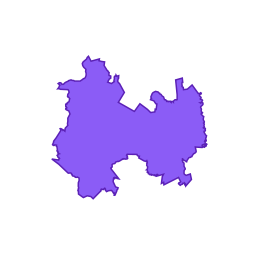 Satevó, Chihuahua, Mexico (orthographic projection), rotated 233°
{"feature_id": "50627088B42337074746811", "entity_name": "Satevó", "entity_type": "district", "adm_level": 2, "iso_a3": "MEX", "parent_name": "Mexico", "parent_adm1": "Chihuahua", "projection": "orthographic", "projection_center": [-106.204, 27.759], "detail": "fine", "context": "isolated", "style": "filled", "palette": "violet", "viewbox_px": 256, "rotation_deg": 233, "n_neighbors": 0, "source": "geoboundaries", "source_scale": "gbopen_adm2", "svg_char_len": 5803}
<svg xmlns="http://www.w3.org/2000/svg" viewBox="0 0 256 256"><g transform="rotate(233 128 128)"><path d="M149.1,48.5L140.7,50.9L128.2,53.0L127.8,53.2L126.8,54.9L126.3,55.3L125.7,55.5L125.2,55.1L124.4,55.4L124.0,55.0L123.1,54.9L121.6,56.2L121.0,56.4L120.4,56.2L119.4,57.4L119.2,58.1L117.9,58.7L117.4,58.7L115.6,57.5L114.2,55.4L111.4,53.2L110.2,52.7L109.2,51.8L109.2,51.4L108.8,51.2L108.2,50.3L107.6,50.2L107.5,50.4L105.0,48.7L99.3,50.5L98.4,54.6L95.6,57.1L92.5,57.6L94.0,67.6L93.9,68.1L94.5,68.6L94.5,69.1L95.2,69.6L95.0,70.3L94.0,70.9L93.5,71.6L94.0,72.5L93.9,73.2L92.8,73.2L91.7,72.5L90.1,72.6L89.6,74.8L88.2,77.1L87.1,77.4L85.5,77.3L84.4,77.9L84.3,77.6L84.4,77.2L83.0,77.2L82.7,76.5L82.4,76.7L82.2,77.2L84.3,80.9L85.3,82.2L85.3,82.9L86.2,84.1L88.5,82.6L93.5,83.7L94.2,83.9L96.8,86.5L96.7,87.3L96.3,87.2L96.2,86.8L95.7,86.9L95.9,87.2L95.5,88.0L95.9,88.2L95.7,88.5L94.8,88.9L94.4,88.8L92.9,90.1L105.8,89.9L106.1,90.5L106.4,90.5L106.4,91.9L108.4,93.3L108.4,94.4L107.6,96.0L107.8,97.0L108.2,97.6L107.6,99.6L107.2,99.8L106.7,101.4L106.5,103.8L106.6,104.7L106.3,104.7L106.0,106.1L105.6,106.1L105.5,106.6L104.5,107.4L103.8,108.8L104.1,109.7L105.4,109.6L105.8,110.6L107.2,110.5L107.5,111.5L101.5,119.3L100.5,118.9L99.4,119.3L98.6,120.1L97.6,118.6L91.9,121.1L90.3,122.6L90.5,123.3L89.2,122.9L88.6,122.3L88.7,121.8L88.1,121.7L87.0,120.5L85.1,120.3L83.9,119.0L83.4,118.2L83.4,117.7L82.9,118.2L81.7,117.5L81.0,116.7L80.3,117.1L80.2,117.5L79.4,116.9L79.2,117.2L78.1,117.1L77.4,117.5L77.3,118.2L77.0,118.0L76.5,118.8L76.1,118.6L75.7,119.6L74.9,120.1L74.6,120.8L74.1,120.5L73.7,121.3L73.3,121.3L73.6,122.2L73.3,122.5L73.5,123.3L73.2,123.6L72.6,123.7L72.2,123.1L72.7,120.9L69.7,128.5L68.6,126.2L63.6,121.3L63.2,123.8L61.0,122.5L58.1,138.6L53.3,137.7L53.3,136.4L53.6,135.8L53.4,135.1L53.1,134.8L50.8,135.2L50.8,136.3L50.4,137.6L50.9,138.5L50.1,139.5L49.5,139.4L50.1,140.0L48.6,140.2L46.9,139.2L48.7,147.7L53.8,150.1L55.2,145.9L57.1,145.2L58.2,145.5L60.3,147.3L60.7,148.9L61.2,149.3L63.7,149.7L66.0,151.4L66.9,151.6L67.4,151.2L69.5,151.9L69.5,152.3L71.1,153.1L69.0,153.1L67.0,154.1L66.0,154.2L65.7,154.5L66.5,155.5L67.6,158.6L67.3,159.8L66.9,160.3L67.0,161.1L66.7,161.9L67.2,162.5L68.0,165.0L67.6,166.0L67.9,167.2L67.8,167.7L68.3,168.4L72.3,170.3L67.8,175.5L67.4,177.0L66.6,177.6L67.0,178.5L67.3,178.5L68.7,176.4L69.4,176.6L69.8,177.2L69.5,178.3L69.1,179.0L68.3,179.2L67.4,178.9L66.7,179.1L66.6,179.7L67.4,180.2L67.5,181.1L68.0,181.2L68.1,180.5L69.0,180.1L70.6,181.4L71.3,181.2L71.5,181.7L70.8,182.0L70.6,182.7L71.3,183.2L71.8,182.9L72.2,183.0L72.5,183.6L73.3,184.1L73.3,184.5L74.6,186.1L75.6,185.8L78.7,186.2L79.5,186.7L79.2,187.2L79.3,188.0L79.6,188.4L80.3,188.5L80.7,189.3L81.2,189.4L82.0,189.3L82.4,188.4L82.8,188.3L83.1,189.7L84.1,190.0L85.2,191.3L86.5,191.3L86.5,192.1L87.0,192.7L89.2,193.1L89.9,193.5L91.6,195.4L92.5,195.0L95.1,194.8L95.4,195.2L95.1,195.7L95.3,196.7L95.9,196.7L96.5,196.2L97.8,196.9L98.9,198.0L101.0,198.5L101.3,199.1L101.5,201.4L102.0,202.4L103.2,202.9L103.5,202.7L104.2,202.2L104.1,201.1L104.6,200.9L104.3,201.4L104.5,202.7L105.3,204.2L106.4,204.1L107.4,203.1L107.8,203.3L108.0,204.1L108.5,204.8L110.7,204.5L111.7,205.4L111.2,206.8L111.7,207.5L112.5,207.2L112.3,206.1L113.1,205.3L113.2,204.9L123.8,205.1L123.3,198.8L125.2,195.4L127.2,196.6L128.5,196.1L129.1,196.4L129.4,196.9L130.6,197.4L132.0,198.8L132.0,199.1L131.7,199.3L135.2,201.4L137.7,195.0L124.9,187.2L121.1,184.3L121.3,183.6L121.8,183.3L122.3,182.4L122.1,180.2L121.8,180.0L122.1,180.0L122.5,179.5L122.4,179.2L122.9,178.8L122.6,178.2L122.9,178.3L123.0,177.9L123.3,178.1L124.0,177.9L124.3,177.3L124.3,176.9L125.0,176.4L124.9,175.9L125.4,175.8L125.9,175.0L126.3,175.4L126.9,175.0L127.8,175.1L128.7,174.2L131.4,175.1L133.2,174.5L134.9,174.6L136.2,173.9L136.7,174.2L137.3,173.8L138.7,173.7L140.7,172.0L141.2,169.3L140.9,168.0L139.0,164.9L137.6,164.6L137.7,164.2L137.1,163.0L134.1,165.0L130.6,164.8L129.8,165.5L125.9,161.7L126.7,161.1L124.7,159.1L126.7,155.4L131.3,154.7L140.2,152.1L137.4,143.1L137.5,143.0L154.3,135.7L158.6,146.5L168.9,148.0L169.9,147.6L171.6,147.9L173.1,149.6L173.5,150.6L174.0,150.5L174.4,151.2L175.4,152.1L176.2,150.1L177.6,150.3L176.9,149.4L177.4,148.4L176.9,147.6L175.7,146.9L174.0,145.0L173.3,144.9L173.5,141.5L176.8,139.4L177.0,140.0L177.8,140.9L177.9,141.8L178.4,142.5L178.2,143.1L178.4,143.6L178.2,144.2L179.9,145.5L181.4,144.5L182.7,145.3L183.6,146.3L184.6,146.1L185.8,146.3L186.5,146.0L192.3,146.5L194.9,149.1L197.1,146.9L199.2,145.3L200.4,146.7L203.6,138.7L209.1,139.6L208.9,137.9L208.0,136.3L207.8,132.0L207.0,130.3L205.1,129.4L203.2,129.2L200.2,129.7L198.6,128.1L197.1,127.6L195.3,126.3L194.0,124.3L193.8,123.1L194.3,122.0L194.1,121.4L194.3,118.0L197.7,113.5L198.5,113.3L199.8,111.9L200.7,111.5L201.6,109.0L201.4,108.6L202.0,105.9L202.1,104.7L201.7,102.8L202.2,102.4L202.5,101.5L204.4,101.6L205.1,101.0L205.5,100.4L205.5,98.9L203.7,99.4L203.1,99.2L203.1,98.8L202.1,97.3L201.6,95.5L201.0,96.5L199.6,97.3L194.7,103.2L193.2,103.0L191.8,102.3L191.1,100.2L189.6,98.7L189.0,98.6L188.6,99.1L186.4,99.1L186.2,98.6L184.5,96.8L184.7,95.6L184.4,94.9L184.6,94.7L184.0,93.8L184.3,93.6L184.1,93.2L184.5,92.9L184.3,92.4L182.6,91.2L182.2,91.5L181.9,91.2L180.9,91.3L180.7,90.7L181.0,90.0L180.6,89.6L179.7,89.7L177.2,91.0L174.1,90.1L172.1,85.9L169.7,84.1L167.8,82.2L166.3,81.5L165.6,77.7L163.5,75.7L165.3,75.3L165.3,74.6L166.5,74.7L168.0,74.0L168.3,73.4L166.5,73.0L163.4,64.8L162.2,60.6L161.5,60.1L160.1,57.7L159.0,57.9L159.0,58.3L158.8,58.8L158.5,58.8L158.5,59.4L157.3,60.6L156.6,59.8L155.9,60.0L153.4,58.7L152.5,57.5L151.7,57.5L151.4,57.6L151.4,57.9L151.0,57.8L150.6,57.6L150.4,57.0L149.8,57.3L149.5,56.9L149.3,57.4L148.8,57.6L149.1,56.8L148.7,56.0L148.9,55.3L148.7,54.8L148.2,54.9L146.6,54.5L145.9,55.0L145.3,54.8L144.9,54.9L144.8,54.0L144.2,53.3L149.1,48.5Z" fill="#8b5cf6" stroke="#5b21b6" stroke-width="1.5"/></g></svg>